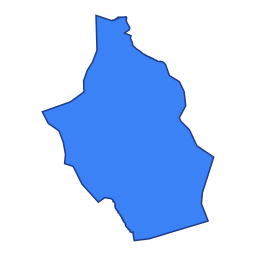 Jargaltxaan, Hentiy, Mongolia (Mercator projection)
{"feature_id": "93677404B12231868373169", "entity_name": "Jargaltxaan", "entity_type": "district", "adm_level": 2, "iso_a3": "MNG", "parent_name": "Mongolia", "parent_adm1": "Hentiy", "projection": "mercator", "projection_center": [109.479, 47.515], "detail": "fine", "context": "isolated", "style": "filled", "palette": "blue", "viewbox_px": 256, "rotation_deg": 0, "n_neighbors": 0, "source": "geoboundaries", "source_scale": "gbopen_adm2", "svg_char_len": 4585}
<svg xmlns="http://www.w3.org/2000/svg" viewBox="0 0 256 256"><path d="M208.1,221.0L201.4,203.8L202.4,192.6L213.7,157.1L196.9,145.9L189.4,129.8L180.8,121.3L179.3,117.7L185.7,105.8L184.1,91.7L179.4,81.7L169.4,75.6L165.8,65.3L165.5,64.6L164.9,63.8L164.2,63.1L163.6,62.5L163.1,62.2L162.7,61.9L162.3,61.8L161.5,61.7L161.2,61.6L161.0,61.3L160.8,61.3L160.5,61.3L160.2,61.5L159.0,61.4L158.3,61.4L157.6,61.3L157.2,61.2L156.9,61.0L156.8,60.6L156.5,60.3L155.9,60.2L155.1,59.9L154.3,59.8L154.0,59.6L153.8,59.2L153.6,58.8L153.1,58.6L152.7,58.5L152.3,58.3L151.8,58.1L151.7,58.1L151.4,58.2L151.4,57.9L151.2,57.8L150.8,57.9L150.6,57.9L150.5,57.6L150.4,57.5L150.1,57.4L149.9,57.4L149.8,57.2L149.6,57.0L149.4,57.2L149.1,57.1L148.8,56.8L148.4,56.5L147.7,56.3L147.1,55.9L146.9,55.8L146.5,55.8L146.2,55.7L145.9,55.5L145.6,55.4L145.4,55.3L145.3,55.2L145.2,55.0L145.1,54.7L144.9,54.6L144.7,54.5L144.1,54.4L143.8,54.1L143.6,54.1L143.1,53.9L142.8,53.7L142.6,53.5L142.4,53.4L141.7,52.7L141.3,52.3L140.8,52.0L140.7,51.9L140.6,51.7L140.3,51.4L140.0,51.3L139.7,51.0L137.6,49.7L137.2,49.3L136.5,49.0L136.1,48.7L135.4,48.0L135.1,47.6L134.6,47.1L134.2,46.7L133.7,46.4L133.2,46.0L132.5,44.9L132.6,44.1L132.4,43.3L132.3,42.7L132.1,42.0L131.7,41.2L131.4,40.7L131.2,40.0L130.9,39.6L130.6,39.0L130.5,38.4L130.5,37.4L130.8,36.6L131.1,35.8L124.6,33.0L128.9,30.0L129.2,29.7L129.3,29.5L129.7,28.5L129.8,27.9L129.6,27.5L129.3,26.7L128.7,25.8L128.3,24.9L127.7,24.2L127.6,23.9L127.3,23.0L127.2,22.9L126.8,22.4L126.7,22.0L126.6,21.8L126.5,21.6L126.4,21.3L126.3,20.9L126.3,20.7L126.3,20.2L126.2,19.9L126.2,19.7L126.5,19.1L126.5,18.7L126.5,18.4L126.6,17.8L126.6,17.3L126.3,16.9L126.1,16.8L125.7,17.0L125.3,16.9L124.9,16.9L124.6,17.0L124.3,17.2L123.9,17.2L123.5,17.2L123.1,17.2L122.9,17.1L122.7,17.1L122.4,17.1L122.1,17.2L121.8,17.4L121.7,17.4L121.4,17.2L121.2,17.3L120.9,17.4L120.7,17.3L120.3,17.1L120.2,17.1L119.6,17.4L119.4,17.4L119.2,17.2L118.9,17.3L118.7,17.4L118.6,17.2L118.4,17.2L118.3,17.3L118.3,17.7L118.2,17.9L118.2,18.0L117.9,17.8L117.9,17.6L117.7,17.5L117.4,17.9L117.3,18.0L117.3,18.4L117.2,18.4L117.0,18.2L116.9,18.3L116.7,18.6L116.4,18.7L116.1,19.0L115.7,18.9L115.6,19.0L115.7,19.4L115.8,19.5L115.7,19.6L115.2,19.6L114.7,19.9L114.3,19.8L114.2,19.8L114.1,20.1L113.2,20.1L112.8,20.3L112.5,20.3L112.3,20.3L112.0,20.4L111.9,20.7L96.0,15.4L97.0,50.4L92.4,62.4L87.3,70.3L83.6,80.9L84.0,91.9L70.5,101.8L54.8,107.4L42.3,111.8L48.3,123.4L59.0,130.9L63.3,142.2L65.5,154.5L64.6,163.6L73.2,166.4L82.0,184.1L98.4,202.2L104.8,197.6L111.5,198.8L111.8,199.1L112.0,199.4L112.2,199.5L112.4,199.6L112.7,199.9L112.9,200.0L113.0,200.0L113.0,200.3L112.9,200.3L112.9,200.5L113.0,200.6L113.3,200.7L113.4,200.8L113.3,201.0L113.2,201.1L113.1,201.3L113.1,201.6L113.3,201.6L113.6,201.7L113.9,201.7L113.9,201.8L114.0,201.9L114.0,202.0L114.3,202.5L114.6,202.8L114.8,203.2L115.2,204.1L115.2,204.5L115.2,204.9L115.1,205.1L114.9,205.3L114.9,205.5L115.3,205.7L115.3,205.8L115.2,205.9L115.4,206.1L115.2,206.6L115.1,206.8L115.2,207.4L115.3,207.8L115.4,208.1L115.5,208.3L115.6,208.5L115.8,208.7L116.2,209.1L116.2,209.5L116.3,209.6L116.5,209.8L116.9,210.1L117.0,210.3L117.3,210.4L117.4,210.5L117.4,210.8L117.5,210.9L117.5,211.0L117.8,211.1L118.0,211.2L118.1,211.3L118.1,211.6L118.0,211.8L118.1,212.0L118.4,212.4L118.4,212.5L118.2,212.7L118.2,212.8L118.3,212.9L118.6,213.0L118.8,213.1L118.8,213.3L118.9,213.5L119.4,213.9L119.6,214.0L120.0,214.5L120.2,215.2L120.2,215.3L120.3,215.3L120.5,215.4L120.6,215.5L120.7,215.9L120.8,216.1L120.9,216.3L121.2,216.4L121.2,216.8L121.4,217.0L121.5,217.1L121.5,217.3L121.7,217.5L121.7,217.8L121.8,217.8L122.0,217.9L122.2,218.1L122.2,218.3L122.1,218.5L122.4,218.9L122.4,219.0L122.3,219.3L122.4,219.6L122.6,219.7L122.8,219.7L122.8,219.8L122.9,220.1L123.0,220.3L123.3,220.3L123.3,220.6L123.2,220.7L123.2,220.8L123.3,221.0L123.4,221.3L123.6,221.3L123.5,221.5L123.6,221.8L123.8,221.9L124.4,222.4L124.5,222.5L124.8,222.6L125.0,222.7L125.0,222.8L125.1,223.2L125.4,223.5L125.3,223.8L125.4,224.0L125.3,224.3L125.3,224.6L125.5,224.8L125.7,225.0L125.6,225.3L125.6,225.6L125.8,226.0L126.2,226.5L126.3,226.7L126.4,226.9L126.5,227.1L126.7,227.3L126.8,227.4L127.1,227.5L127.3,227.6L127.6,227.8L127.9,228.0L128.0,228.2L128.0,228.8L128.3,229.3L128.7,229.7L128.8,229.8L129.3,229.8L129.5,229.8L129.9,230.1L130.0,230.5L129.9,231.0L130.0,231.1L130.0,231.3L130.1,231.6L130.1,231.9L130.2,232.0L130.3,232.0L130.5,232.0L130.7,231.8L130.8,231.8L131.7,232.2L132.1,232.7L132.3,232.8L132.6,232.8L132.7,232.7L132.7,232.4L132.8,232.2L133.0,232.1L133.0,233.1L134.2,240.6L149.1,238.8L208.1,221.0Z" fill="#3b82f6" stroke="#1e3a8a" stroke-width="1.5"/></svg>